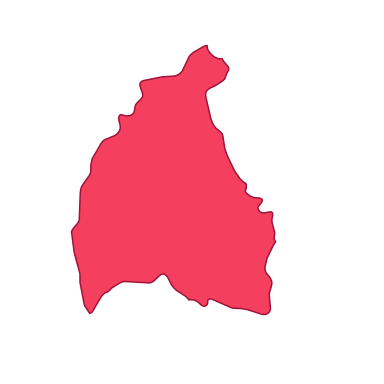 the Region of Ha'il, rotated 286°
{"feature_id": "SAU-847", "entity_name": "Ha'il", "entity_type": "Region", "adm_level": 1, "iso_a3": "SAU", "parent_name": "Saudi Arabia", "parent_adm1": "", "projection": "natural_earth1", "projection_center": [41.874, 27.094], "detail": "fine", "context": "isolated", "style": "filled", "palette": "rose", "viewbox_px": 384, "rotation_deg": 286, "n_neighbors": 0, "source": "natural_earth", "source_scale": "10m", "svg_char_len": 3168}
<svg xmlns="http://www.w3.org/2000/svg" viewBox="0 0 384 384"><g transform="rotate(286 192 192)"><path d="M320.0,193.5L318.9,193.5L315.5,192.7L310.3,192.4L309.1,192.0L306.9,190.6L300.5,185.0L296.9,180.8L295.0,179.2L293.9,178.5L292.7,178.1L291.6,177.9L290.4,178.0L289.3,178.3L286.8,179.3L267.9,189.8L264.2,192.4L261.7,194.9L260.0,197.4L257.9,202.2L257.2,203.5L256.1,204.9L254.4,206.2L242.9,211.5L236.9,215.7L223.8,227.3L217.9,234.6L216.5,237.2L215.6,239.4L215.3,240.7L214.6,241.8L213.6,242.3L211.2,243.0L210.0,243.1L208.8,242.9L207.7,243.0L206.7,243.5L206.0,244.5L204.9,247.0L204.1,249.5L203.8,250.8L203.8,252.0L203.8,253.2L204.7,258.1L204.8,258.6L204.8,259.6L204.6,260.7L204.0,261.6L203.1,261.9L201.9,261.9L200.7,261.6L196.8,259.9L195.9,259.6L194.8,259.8L193.6,260.4L192.4,261.9L191.7,263.2L191.4,264.6L191.5,265.9L191.9,267.3L194.2,272.0L194.5,272.8L194.7,273.7L194.4,274.7L193.5,275.5L192.4,275.9L187.5,276.4L185.9,276.9L184.0,277.8L176.0,282.6L174.2,283.1L171.2,283.5L169.2,284.2L167.3,286.1L162.9,284.8L148.9,282.4L140.2,282.8L138.8,283.2L137.0,283.9L135.7,284.8L134.5,285.9L130.9,290.9L129.8,291.9L128.8,292.7L127.9,293.3L127.3,293.6L126.3,293.9L125.2,294.1L123.1,294.3L117.1,294.2L114.5,294.6L102.0,299.4L100.9,299.7L99.7,299.7L98.6,299.5L97.5,299.2L96.6,298.6L96.0,298.2L95.2,297.3L94.5,296.2L94.0,294.7L93.7,293.0L94.2,277.0L93.4,270.9L91.8,264.3L91.6,262.8L91.7,261.0L94.5,240.7L94.4,239.4L93.9,238.2L92.8,237.2L91.6,237.1L89.2,237.7L88.1,237.6L87.0,237.1L86.1,236.2L85.5,234.9L85.5,233.4L86.1,231.6L87.9,228.0L88.2,227.2L88.6,225.1L88.7,223.7L88.5,222.2L88.3,221.0L87.4,218.4L88.2,217.8L89.0,216.5L90.0,214.6L92.9,204.8L94.5,201.5L96.7,198.3L102.9,192.5L103.9,191.3L104.6,190.1L105.1,188.9L105.3,187.6L105.1,186.4L104.0,184.9L102.9,183.9L96.8,180.4L94.9,179.0L94.1,178.2L93.3,177.1L92.8,175.9L87.5,152.2L87.0,150.9L86.3,149.6L83.4,146.5L77.5,141.3L74.5,139.7L73.0,138.6L71.9,137.4L71.7,137.1L70.6,135.8L68.8,134.7L66.0,133.5L50.0,129.4L48.8,128.9L48.0,128.4L47.1,127.1L52.6,120.7L53.7,119.8L55.0,119.0L73.9,109.4L82.6,106.8L101.2,95.5L120.1,87.3L121.2,87.1L124.3,87.9L130.0,90.5L132.9,91.3L134.1,91.3L160.5,84.8L164.1,84.3L166.1,84.4L167.8,84.6L179.9,88.8L181.6,89.1L183.0,89.2L184.2,89.0L190.2,87.3L195.7,86.9L196.9,87.0L213.9,91.3L216.2,92.3L217.4,93.0L218.5,94.0L224.6,101.8L226.0,103.1L227.7,104.2L230.2,105.2L232.0,105.5L233.7,105.4L235.1,105.0L236.6,104.4L240.6,102.0L242.0,101.4L243.4,101.1L245.2,101.1L246.2,101.7L246.7,102.2L246.8,102.7L247.0,107.2L247.1,108.0L247.5,109.3L248.3,111.1L249.4,112.5L251.1,113.7L252.5,114.1L253.8,114.3L258.8,113.7L260.5,113.9L261.9,114.3L267.2,117.3L269.1,118.0L270.4,118.2L271.5,118.0L273.6,116.9L279.4,112.9L280.8,112.3L282.5,112.1L283.8,112.7L284.9,113.6L285.8,114.8L294.3,131.2L298.6,143.1L300.3,145.7L301.5,146.9L302.9,148.0L304.6,148.9L306.0,149.4L321.4,151.9L323.1,152.6L325.4,154.0L326.5,154.8L334.9,162.8L336.2,164.5L336.9,166.2L334.0,167.4L333.9,167.5L333.2,168.0L331.6,169.6L330.4,171.4L329.0,173.8L328.2,175.7L327.7,177.6L327.6,178.8L327.5,180.1L327.6,181.3L328.1,183.5L328.4,184.3L326.4,186.3L322.5,192.1L321.9,192.7L321.0,193.3L320.0,193.5Z" fill="#f43f5e" stroke="#9f1239" stroke-width="1.5"/></g></svg>